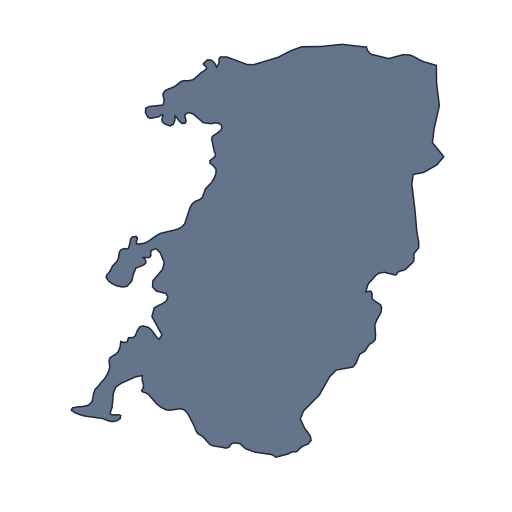 map outline of Rangpur (Natural Earth projection), rotated 263°
{"feature_id": "BGD-5492", "entity_name": "Rangpur", "entity_type": "Division", "adm_level": 1, "iso_a3": "BGD", "parent_name": "Bangladesh", "parent_adm1": "", "projection": "natural_earth1", "projection_center": [88.983, 25.892], "detail": "fine", "context": "isolated", "style": "filled", "palette": "slate", "viewbox_px": 512, "rotation_deg": 263, "n_neighbors": 0, "source": "natural_earth", "source_scale": "10m", "svg_char_len": 4114}
<svg xmlns="http://www.w3.org/2000/svg" viewBox="0 0 512 512"><g transform="rotate(263 256 256)"><path d="M452.3,380.8L450.5,388.2L450.1,391.0L446.3,391.8L443.0,394.0L441.6,396.2L441.0,398.1L435.8,411.7L437.9,426.7L436.6,433.7L433.2,439.1L430.5,442.6L428.3,446.3L423.2,458.2L405.6,456.3L382.9,456.3L360.9,448.4L347.1,444.9L331.7,454.5L324.4,446.6L318.5,432.6L317.8,422.0L308.3,419.4L283.4,419.4L260.7,418.6L249.5,419.2L244.1,418.4L240.2,414.1L238.9,412.9L234.0,412.5L231.7,411.9L230.1,410.3L224.6,402.9L223.7,399.9L223.5,397.3L222.8,395.0L220.3,393.0L220.3,391.3L224.2,381.5L223.9,375.6L221.8,372.0L218.9,369.1L216.1,365.5L214.1,363.6L207.1,360.6L207.2,365.5L205.0,366.6L202.8,366.5L200.7,366.1L198.9,366.4L196.5,368.7L194.5,371.3L192.4,373.6L189.7,374.4L184.9,373.2L177.5,367.9L173.0,365.5L163.2,365.1L158.5,364.1L156.2,361.6L154.4,357.6L148.2,352.4L145.9,346.9L137.2,342.1L134.0,338.7L133.0,321.7L127.0,314.2L110.3,301.9L96.4,284.3L89.0,280.1L78.7,283.4L74.9,285.8L70.4,288.0L66.1,288.2L63.1,284.8L61.6,279.6L60.5,277.2L56.9,272.7L56.9,270.3L57.2,267.9L55.6,263.7L53.9,251.4L54.6,250.1L55.8,249.3L57.0,247.3L61.3,231.6L65.8,222.4L71.6,217.4L73.1,212.1L72.8,209.1L71.6,207.6L70.1,206.6L69.3,205.2L69.0,202.5L69.4,201.1L70.1,199.6L72.7,190.6L74.5,187.3L82.1,182.0L84.2,180.1L85.6,178.1L87.2,176.3L89.7,175.2L94.4,174.1L107.8,169.1L111.8,166.4L113.7,162.3L113.4,152.3L114.2,148.2L117.7,142.9L121.2,139.5L132.0,132.1L133.7,129.7L134.8,127.2L136.1,126.0L138.4,127.7L140.0,128.4L142.1,128.6L144.4,128.3L146.1,127.8L151.2,128.6L150.7,121.6L146.1,106.7L142.9,100.7L136.8,97.6L123.6,94.8L118.2,92.2L116.6,92.4L115.8,94.3L115.1,100.6L114.1,102.3L111.1,101.3L109.4,97.6L109.1,93.1L110.4,89.4L113.4,83.9L118.1,66.2L119.8,62.2L122.6,57.1L125.5,53.8L127.6,55.4L128.0,60.5L127.7,66.3L128.4,71.8L131.4,75.5L139.5,78.2L143.2,80.0L146.2,83.8L149.0,86.4L151.5,89.4L153.3,91.4L157.9,94.8L163.2,97.2L165.1,97.4L169.9,97.3L172.7,98.7L174.2,101.4L175.5,104.5L177.3,107.1L179.8,108.8L182.3,110.0L187.6,111.4L186.6,113.6L186.1,116.0L186.7,117.9L188.7,118.7L190.4,119.5L190.1,124.4L191.5,126.4L196.7,129.3L199.8,132.0L200.4,135.4L198.3,140.5L195.3,143.2L186.9,147.9L185.2,149.8L189.2,153.0L208.6,145.3L216.9,148.7L218.7,153.0L220.2,157.7L222.4,161.6L226.2,163.5L229.8,162.0L233.3,152.8L237.9,149.5L244.1,150.7L254.2,161.7L260.7,164.1L270.9,161.3L275.5,157.8L274.3,152.7L271.8,151.8L269.1,151.7L267.4,149.9L268.2,144.0L266.1,145.5L264.0,146.1L262.2,145.5L260.7,143.2L258.6,135.3L252.9,132.1L246.3,129.7L241.6,124.2L241.5,119.5L243.3,114.3L246.2,109.7L249.1,106.7L252.9,104.7L255.0,105.4L257.1,107.7L260.7,110.7L263.3,112.1L266.8,116.4L268.9,118.3L271.4,119.4L276.4,120.8L278.5,122.6L279.5,125.9L278.8,128.3L279.1,130.2L282.9,132.0L288.4,133.7L290.0,135.7L290.1,139.4L288.1,140.6L284.8,138.9L282.2,139.3L282.3,146.7L283.8,151.2L288.4,159.5L290.1,163.9L292.0,180.6L293.7,185.6L296.6,189.1L311.8,196.3L315.2,198.7L317.6,202.2L319.0,207.5L320.9,210.0L329.0,214.1L334.5,221.0L338.7,224.2L343.4,226.5L347.1,226.9L350.8,224.6L353.6,221.8L356.2,221.8L359.7,227.4L360.8,227.9L361.9,228.1L363.1,227.9L364.3,227.5L364.3,227.4L376.7,226.3L377.9,226.4L379.0,226.8L380.1,227.4L383.3,233.6L385.3,236.5L387.7,237.9L390.7,237.2L392.4,234.7L393.1,231.2L392.8,227.4L394.7,219.9L404.8,210.8L406.7,206.1L405.0,202.7L402.0,202.6L398.8,203.2L396.5,202.0L396.5,198.7L399.0,196.4L402.4,194.6L405.0,192.7L400.8,192.1L397.0,190.1L395.5,186.7L398.0,181.7L399.5,180.2L401.0,179.3L402.7,179.2L407.4,180.7L407.6,179.4L406.0,176.2L405.5,167.8L407.1,165.5L412.0,163.7L416.2,164.6L417.4,168.7L417.3,174.4L417.2,180.4L416.9,181.5L417.4,182.1L420.2,183.5L421.9,183.8L426.5,183.3L428.5,183.5L431.2,185.9L432.6,190.0L433.6,194.5L435.5,198.3L438.5,202.9L438.8,206.3L438.2,209.8L438.6,214.6L439.9,217.1L444.6,223.8L446.3,227.4L447.6,229.4L449.0,229.9L450.5,229.2L452.1,227.4L452.6,227.2L452.9,227.1L453.3,227.1L453.5,227.4L456.6,231.8L455.9,235.5L452.7,238.4L448.2,240.1L452.5,243.0L456.1,243.3L457.9,244.9L457.0,251.5L447.1,270.5L446.2,277.3L450.5,302.1L455.7,316.1L458.1,326.9L456.0,346.3L455.6,367.1L452.3,380.8Z" fill="#64748b" stroke="#1e293b" stroke-width="1.5"/></g></svg>